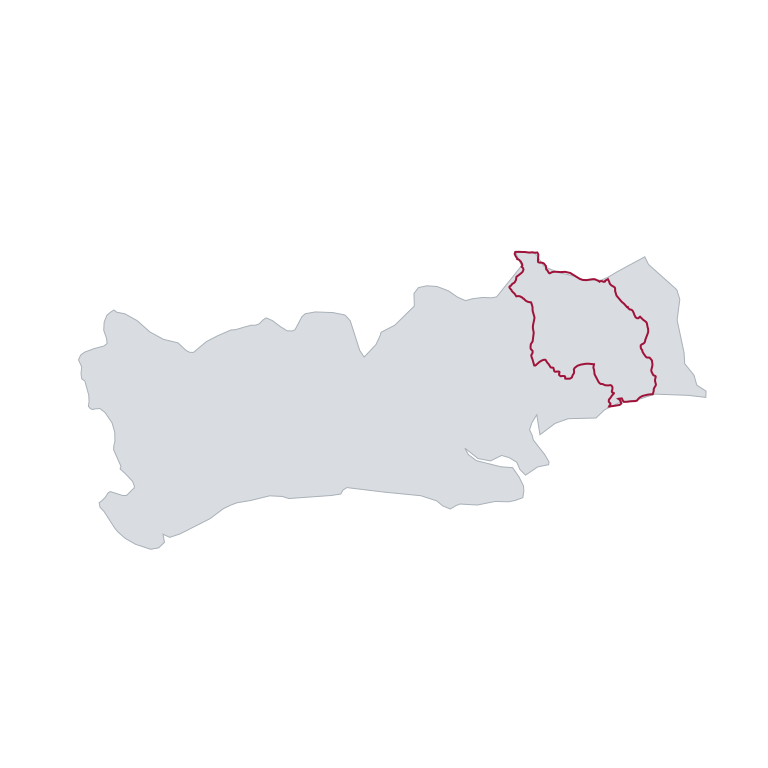 location of Beja within Portugal, rotated 253°
{"feature_id": "PRT-743", "entity_name": "Beja", "entity_type": "District", "adm_level": 1, "iso_a3": "PRT", "parent_name": "Portugal", "parent_adm1": "", "projection": "albers", "projection_center": [-7.969, 37.829], "detail": "fine", "context": "in_parent", "style": "outline", "palette": "rose", "viewbox_px": 768, "rotation_deg": 253, "n_neighbors": 0, "source": "natural_earth", "source_scale": "10m", "svg_char_len": 6290}
<svg xmlns="http://www.w3.org/2000/svg" viewBox="0 0 768 768"><g transform="rotate(253 384 384)"><path d="M303.3,99.6L311.8,91.6L320.1,86.4L324.8,84.4L344.0,79.0L349.1,76.4L353.8,76.9L354.6,79.5L357.3,84.6L360.4,88.1L361.2,90.7L353.7,101.6L352.7,105.3L356.6,112.4L357.3,114.4L359.1,115.4L364.3,115.1L373.6,110.6L379.9,106.8L382.1,108.4L400.3,106.2L404.6,107.9L407.5,109.8L416.5,112.4L426.3,112.6L438.3,108.9L443.6,105.1L444.6,101.0L444.8,97.9L446.3,96.0L449.1,94.8L453.4,96.8L459.6,98.4L474.3,98.8L477.2,96.5L482.2,97.2L488.8,99.9L496.4,98.9L500.3,102.3L502.0,107.0L502.6,117.1L502.2,127.3L503.7,131.1L508.9,132.0L517.3,131.7L524.8,134.4L530.8,139.1L532.8,144.0L533.7,147.4L530.8,149.4L526.9,156.7L516.8,166.4L502.3,175.3L491.2,186.1L483.6,199.0L474.0,204.5L471.1,207.5L469.9,211.0L476.5,226.6L478.7,238.6L480.4,253.4L479.4,257.6L479.1,273.9L477.7,278.7L478.1,282.5L480.5,286.7L481.7,290.6L477.3,295.8L469.1,301.7L463.1,307.0L461.5,311.9L462.0,314.9L472.3,325.1L474.2,329.2L473.0,339.4L467.2,356.1L461.7,366.3L460.7,367.3L454.2,370.2L423.2,370.6L415.6,372.9L416.7,374.9L424.1,387.9L431.8,394.8L434.3,396.3L437.1,411.6L449.7,435.8L461.8,439.1L466.1,445.1L465.4,453.6L461.8,463.1L454.4,472.7L445.7,479.6L439.9,486.3L439.6,494.2L437.8,504.1L435.0,511.9L434.4,517.2L456.9,550.2L469.3,548.5L471.0,549.2L468.8,557.2L465.0,566.5L460.3,568.3L449.7,571.2L439.6,583.3L431.5,597.7L425.4,604.7L419.8,621.9L420.6,629.3L423.4,640.8L429.4,670.6L421.0,671.9L388.5,691.6L378.4,691.6L359.5,683.0L326.3,680.1L315.5,677.5L301.9,683.0L291.4,682.8L283.0,689.9L277.1,687.8L284.1,671.9L295.1,640.2L294.8,620.8L297.5,604.0L294.8,587.3L289.5,576.8L297.0,549.9L296.3,536.0L289.9,518.3L309.9,521.1L303.7,514.1L297.7,509.8L291.8,510.7L286.8,510.4L269.7,517.0L261.2,519.0L258.7,517.8L259.8,506.9L255.5,492.7L262.4,489.0L270.3,488.1L277.1,482.1L281.3,475.5L279.3,463.4L285.2,452.1L299.0,442.6L291.9,444.0L283.7,449.9L270.7,471.5L266.4,482.5L255.5,486.0L245.7,487.6L240.7,486.4L234.7,483.5L234.3,475.3L234.9,468.8L239.2,456.0L241.0,437.8L247.0,421.6L246.7,417.3L245.1,410.8L250.3,404.5L256.7,400.4L266.4,386.6L280.2,353.4L295.8,318.2L294.6,313.8L291.4,310.5L292.8,301.0L302.3,259.5L306.1,254.1L310.5,242.0L311.6,222.3L313.4,208.8L313.0,202.0L311.7,193.8L306.1,178.2L300.3,145.2L300.0,134.2L305.0,128.7L296.8,127.8L293.2,120.6L294.1,112.6L303.3,99.6Z" fill="#d9dde1" stroke="#a8b0b8" stroke-width="1"/><path d="M471.6,548.0L471.9,548.2L471.0,551.6L470.3,553.4L469.0,557.4L467.3,561.1L466.5,564.7L465.6,566.2L464.9,569.1L462.5,569.4L457.1,567.3L455.5,567.1L454.7,568.0L453.8,570.6L452.8,571.9L452.1,572.3L450.9,572.7L449.7,573.3L448.5,573.2L447.3,572.8L446.1,572.7L445.1,573.4L442.1,574.1L441.4,574.8L441.5,575.8L441.8,576.9L441.8,578.1L441.4,580.3L439.3,585.9L438.3,590.0L435.7,594.6L427.1,602.1L425.4,604.5L424.1,608.1L423.3,613.9L422.8,615.7L422.2,616.7L419.7,619.4L418.8,620.0L419.1,620.7L419.0,621.3L418.8,621.9L418.7,622.5L417.7,623.6L417.4,624.1L417.4,625.4L417.6,625.5L417.9,625.5L418.5,627.1L418.5,627.9L418.7,628.6L418.8,628.8L416.5,629.2L413.7,629.3L411.8,630.3L409.9,632.1L408.8,632.9L408.0,633.0L407.4,632.8L406.1,632.5L405.5,632.2L400.5,632.2L393.0,635.4L391.4,636.5L390.7,636.9L390.2,637.3L389.6,637.4L387.9,638.3L387.1,638.5L386.5,638.8L386.4,639.7L384.9,639.8L383.3,640.9L383.1,641.6L382.6,642.4L381.3,643.2L378.7,643.6L377.4,643.6L374.3,644.1L373.1,645.0L372.7,645.8L372.5,646.6L372.8,647.1L373.5,648.1L373.5,648.6L372.8,648.9L369.5,650.7L367.3,652.4L365.9,653.1L364.9,653.1L361.3,652.7L359.4,652.7L356.3,651.8L349.7,646.7L348.2,646.0L347.1,644.7L346.8,643.9L346.6,642.2L345.9,640.8L343.5,640.1L341.8,640.4L341.0,640.9L340.0,640.7L338.9,640.7L336.9,641.2L333.2,642.5L332.8,642.8L332.2,643.7L332.0,644.6L331.5,645.7L329.9,646.4L328.2,647.1L324.1,646.4L322.7,645.8L319.1,643.6L317.9,643.4L314.2,644.0L313.5,644.3L313.0,645.0L312.5,645.6L311.9,646.0L311.0,645.8L310.5,645.3L308.0,644.1L304.1,643.9L303.3,643.5L302.5,642.7L301.7,641.7L300.2,640.4L298.7,640.0L296.8,638.8L295.7,638.0L296.1,636.4L296.7,633.2L297.0,627.7L296.4,624.8L295.5,622.9L294.3,621.4L294.1,619.8L295.4,614.6L295.9,611.3L296.8,608.2L298.0,607.6L300.7,607.2L301.3,604.3L301.3,603.8L300.4,604.6L298.3,605.2L295.9,605.2L295.1,603.1L295.9,597.0L296.7,592.7L297.6,593.6L298.2,594.4L298.6,594.7L299.3,594.8L300.0,594.4L300.8,594.0L301.4,593.8L303.1,594.4L303.8,595.2L304.1,595.9L306.5,598.9L307.4,600.5L307.8,601.1L308.4,601.1L308.8,600.5L309.1,599.9L309.7,599.6L310.4,599.7L311.2,600.2L311.9,600.7L313.5,601.4L314.5,601.5L316.1,601.0L316.7,600.2L316.9,599.2L317.0,598.3L317.9,595.7L318.4,594.8L320.0,593.1L320.4,592.2L320.6,591.4L321.6,590.5L323.2,589.8L331.7,588.2L335.9,589.0L338.4,589.0L338.7,589.1L341.5,590.6L342.8,587.3L343.3,586.4L344.3,583.2L345.0,577.9L344.9,574.5L344.0,571.9L343.4,570.7L342.2,569.7L340.9,569.6L339.9,569.3L338.7,568.7L337.3,567.0L335.4,565.6L335.0,564.4L334.8,563.7L334.8,563.1L335.1,562.3L335.2,561.6L335.5,560.9L335.7,560.0L336.2,558.9L336.9,558.9L337.4,559.2L337.9,559.4L338.4,559.3L338.8,558.8L339.0,558.4L339.4,557.3L339.6,556.7L339.6,556.1L339.6,555.6L339.9,555.0L340.5,554.8L341.1,554.2L341.7,554.1L342.7,554.5L343.4,555.0L344.1,555.3L344.8,554.9L345.4,552.8L345.5,551.8L345.8,551.1L346.5,550.6L349.9,550.7L350.5,549.8L350.9,548.5L351.7,548.1L355.0,547.2L356.6,546.4L359.9,545.5L360.4,544.1L360.4,543.3L360.4,542.2L359.7,539.2L357.4,534.2L357.8,533.1L364.7,533.2L366.8,533.0L368.2,533.2L368.7,533.4L369.8,534.7L370.8,535.4L371.6,535.6L372.4,535.7L374.5,534.6L375.6,534.7L376.4,534.9L379.1,536.0L381.3,538.6L389.3,542.2L394.0,542.7L396.5,543.6L402.5,546.9L403.8,547.4L410.0,547.5L411.8,547.8L413.9,548.5L418.2,548.6L419.2,548.4L419.4,547.6L420.6,545.5L422.2,543.9L424.9,542.5L425.0,542.1L426.5,541.3L426.9,540.7L427.8,540.0L428.5,538.9L428.9,537.8L429.0,536.9L429.1,536.2L432.1,535.3L435.1,533.6L435.9,533.4L436.5,533.4L438.9,532.3L439.7,532.2L440.3,532.4L440.6,532.8L440.7,533.2L440.8,533.8L441.0,534.2L441.4,534.8L441.9,535.4L442.3,536.2L442.5,537.1L442.7,538.0L443.1,538.8L445.0,540.7L447.5,541.8L448.0,542.5L448.3,543.3L448.5,544.1L449.5,546.6L449.8,547.4L450.6,549.1L451.5,550.0L452.6,550.8L454.0,550.9L454.9,550.6L455.5,550.1L455.9,549.9L457.2,551.1L458.6,551.1L461.0,550.6L463.3,549.5L464.5,547.9L465.0,548.1L467.7,547.3L470.3,547.0L471.6,548.0Z" fill="none" stroke="#9f1239" stroke-width="2"/></g></svg>